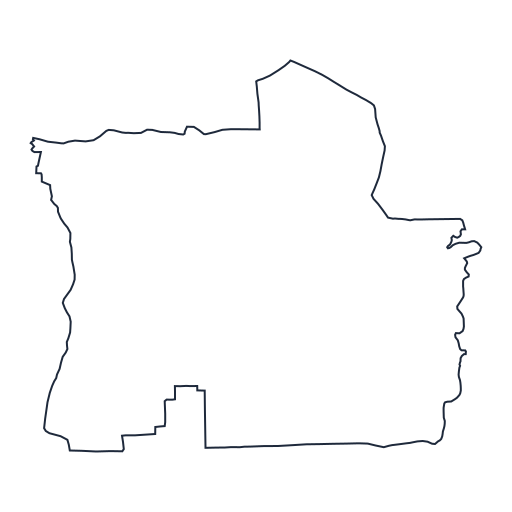 the district of Prey Kabbas, Takêv, Cambodia
{"feature_id": "14789045B29637734688493", "entity_name": "Prey Kabbas", "entity_type": "district", "adm_level": 2, "iso_a3": "KHM", "parent_name": "Cambodia", "parent_adm1": "Takêv", "projection": "orthographic", "projection_center": [104.944, 11.157], "detail": "fine", "context": "isolated", "style": "outline", "palette": "slate", "viewbox_px": 512, "rotation_deg": 0, "n_neighbors": 0, "source": "geoboundaries", "source_scale": "gbopen_adm2", "svg_char_len": 4455}
<svg xmlns="http://www.w3.org/2000/svg" viewBox="0 0 512 512"><path d="M462.3,220.3L460.1,218.9L428.1,219.3L420.2,219.5L414.5,219.4L410.2,220.3L408.4,220.0L405.5,219.4L402.1,219.0L400.5,218.9L398.8,218.9L394.9,218.5L393.0,218.7L389.3,217.9L388.0,217.6L386.4,215.2L382.7,210.0L378.1,203.9L373.5,198.8L371.7,195.1L372.6,193.0L374.2,189.5L376.8,182.9L378.9,177.4L380.4,171.2L381.7,164.1L383.1,157.3L384.6,150.5L384.9,146.2L382.9,141.2L381.0,135.6L379.7,132.7L379.6,131.0L378.8,128.1L377.5,124.2L375.7,117.4L375.1,109.0L373.9,105.4L371.2,103.2L365.9,100.0L361.1,97.5L356.7,94.9L351.5,92.3L346.4,89.6L340.6,86.0L333.9,81.9L328.2,78.3L322.3,74.9L314.9,71.2L308.1,68.2L299.8,64.5L294.0,61.9L290.4,60.5L289.2,62.0L284.8,65.8L278.5,70.2L269.9,75.6L262.8,78.8L258.0,80.3L256.2,81.4L256.8,86.5L257.4,93.8L258.2,99.5L258.6,102.5L258.7,105.2L259.1,110.9L259.4,116.4L259.6,122.7L259.6,128.1L259.7,129.4L236.5,129.2L230.8,129.2L222.4,129.8L214.6,132.1L205.8,134.2L203.9,134.1L199.2,130.3L193.9,126.9L187.0,126.7L184.8,131.6L184.6,133.7L183.2,134.5L178.5,134.0L174.7,132.9L170.0,132.3L160.9,132.0L152.3,129.9L147.1,129.7L141.0,132.9L133.8,133.2L128.1,132.8L125.9,132.9L122.2,132.5L113.8,130.3L108.7,129.9L106.3,130.9L100.0,136.3L93.6,140.2L85.6,141.4L75.0,140.6L68.4,141.7L63.6,143.4L61.3,143.3L56.1,142.6L47.9,141.7L39.7,139.3L36.0,138.5L33.2,137.9L32.9,139.3L33.9,140.5L31.4,142.1L30.7,143.1L32.2,144.1L34.1,146.5L32.2,148.5L31.5,149.6L32.4,150.9L34.4,152.1L40.9,152.0L38.3,163.9L38.0,165.7L36.5,166.5L36.2,173.2L41.0,173.3L41.6,174.4L41.8,177.2L41.8,181.6L50.1,185.1L50.3,188.8L51.2,193.1L51.9,196.3L51.1,199.9L54.2,203.9L56.8,206.1L57.9,207.9L58.0,211.7L60.3,217.4L61.0,218.8L64.2,223.6L67.5,227.5L70.4,233.0L70.3,238.9L69.9,241.8L71.4,247.5L71.8,253.8L71.9,259.7L72.4,262.2L73.4,266.6L74.7,274.7L74.6,279.6L73.1,284.2L70.6,289.9L67.4,294.3L64.0,299.0L62.8,302.9L64.8,308.2L66.9,312.3L69.5,316.4L70.7,321.7L70.4,328.2L70.1,332.5L68.3,338.4L66.8,342.0L67.0,345.5L67.4,349.0L65.7,352.6L62.7,356.8L61.0,362.7L59.6,368.9L57.0,374.5L56.2,378.1L54.2,381.3L52.2,385.8L49.8,392.8L47.5,402.2L46.6,408.6L45.2,418.4L44.1,428.2L45.8,431.0L49.4,433.2L60.6,436.2L67.4,439.8L68.8,444.7L69.8,450.5L81.5,450.8L96.2,451.5L110.4,451.1L122.3,451.3L123.8,449.1L123.0,441.9L122.0,435.7L126.0,435.3L135.5,435.3L155.2,434.0L155.3,427.0L160.7,426.4L164.7,426.1L165.2,422.2L165.2,413.8L164.7,401.2L166.6,399.6L172.2,399.7L175.0,399.3L175.0,391.7L174.9,386.1L180.3,386.2L186.3,385.9L190.5,386.1L197.2,386.0L197.3,390.4L204.7,390.6L204.9,408.7L205.5,447.8L206.9,447.8L215.9,447.6L225.1,447.5L231.3,447.1L239.9,447.2L244.3,446.7L250.3,446.6L263.0,446.1L278.0,446.0L293.5,445.1L306.3,444.3L319.8,444.1L333.2,443.8L346.2,443.6L358.7,443.3L367.8,443.6L375.6,445.5L383.8,447.2L388.8,445.8L392.1,445.1L394.0,444.9L398.8,444.3L406.4,443.3L410.0,442.9L412.8,442.3L417.4,441.4L422.7,441.0L427.6,441.7L432.0,443.7L435.0,444.0L436.3,442.9L438.0,441.4L439.8,440.4L441.2,439.0L442.2,436.4L442.6,434.1L442.9,431.5L443.8,428.6L444.4,426.2L444.7,423.9L444.8,421.0L443.8,417.7L443.7,414.5L443.6,411.2L443.6,407.8L443.9,405.9L444.3,403.5L445.1,402.3L447.4,401.7L451.2,401.5L455.1,399.1L456.9,397.8L458.0,396.6L459.4,395.0L460.2,393.4L460.8,390.6L460.8,388.5L460.7,385.9L460.4,382.7L460.0,380.2L458.9,377.0L458.6,374.6L458.9,371.3L459.4,367.6L460.1,365.8L459.5,364.5L460.0,362.5L460.5,361.3L460.6,358.2L461.8,356.0L464.0,354.1L465.7,354.1L465.9,351.5L465.2,350.4L461.5,350.3L460.1,349.0L459.2,346.2L458.7,343.4L457.8,340.3L455.5,337.3L455.1,334.8L455.9,333.1L459.5,333.3L462.6,331.1L463.5,328.9L463.9,326.5L463.7,320.8L463.6,318.5L462.9,316.5L461.5,313.6L459.2,311.0L457.4,308.9L457.2,306.4L460.6,301.3L461.8,299.4L463.1,297.4L463.6,295.9L463.7,294.2L463.5,291.6L463.3,288.4L463.1,286.5L463.1,283.6L463.1,280.9L463.9,279.1L465.9,277.7L468.6,276.5L468.8,274.5L466.7,272.2L464.9,269.7L464.9,268.0L465.6,266.3L466.3,264.9L467.2,263.1L466.8,261.5L465.2,259.5L464.2,258.3L466.1,257.5L468.6,256.5L470.6,255.8L473.4,255.0L476.2,253.9L478.6,252.9L480.3,250.5L480.6,248.9L481.3,247.2L479.2,244.6L477.3,242.6L474.2,241.1L471.6,241.3L468.9,242.3L466.4,242.9L459.3,242.7L455.6,243.8L452.8,245.2L450.8,247.1L449.3,248.0L447.9,248.3L447.2,247.2L448.1,245.9L450.0,244.5L450.7,243.2L451.4,241.7L451.8,240.1L451.4,237.8L453.3,235.8L454.9,236.9L457.2,237.7L458.7,237.0L460.2,235.9L460.9,234.3L460.5,231.3L461.9,229.3L465.1,229.3L464.7,227.9L463.9,225.3L463.2,222.6L462.3,220.3Z" fill="none" stroke="#1e293b" stroke-width="2"/></svg>